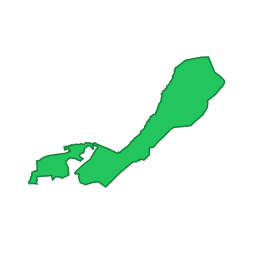 Santa Cruz Mixtepec, Oaxaca, Mexico, rotated 130°
{"feature_id": "50627088B82303244388896", "entity_name": "Santa Cruz Mixtepec", "entity_type": "district", "adm_level": 2, "iso_a3": "MEX", "parent_name": "Mexico", "parent_adm1": "Oaxaca", "projection": "orthographic", "projection_center": [-96.883, 16.781], "detail": "fine", "context": "isolated", "style": "filled", "palette": "green", "viewbox_px": 256, "rotation_deg": 130, "n_neighbors": 0, "source": "geoboundaries", "source_scale": "gbopen_adm2", "svg_char_len": 5492}
<svg xmlns="http://www.w3.org/2000/svg" viewBox="0 0 256 256"><g transform="rotate(130 128 128)"><path d="M61.8,80.3L58.2,82.5L57.1,83.3L56.5,84.7L46.1,82.6L34.7,82.5L31.6,83.0L29.8,84.5L29.1,91.1L29.6,97.3L21.9,112.1L26.7,117.3L33.2,122.7L39.2,127.5L50.0,129.8L50.3,129.9L50.5,130.0L50.8,130.0L51.0,130.2L51.2,130.3L51.3,130.3L51.4,130.2L51.5,130.0L51.5,129.9L52.1,129.8L52.4,129.8L52.6,129.9L52.8,129.9L53.0,129.8L53.3,129.7L53.6,129.6L53.8,129.4L54.0,129.4L54.3,129.4L54.5,129.4L54.5,129.2L54.4,128.9L54.3,128.7L54.2,128.3L55.3,128.1L55.5,128.0L55.9,127.8L57.1,127.7L58.4,127.3L58.6,127.4L58.9,127.3L59.4,126.8L59.8,127.0L60.1,127.0L60.7,126.1L60.8,126.1L61.1,126.0L61.5,125.6L62.4,125.7L62.8,125.4L63.1,125.3L64.3,125.4L64.9,125.2L65.2,125.2L65.5,125.4L66.0,125.0L66.7,124.9L67.4,125.0L68.2,124.4L69.9,124.9L70.5,125.3L71.1,124.7L72.2,124.1L72.4,124.1L72.7,124.4L73.2,124.4L73.6,124.2L74.2,124.5L75.3,124.2L76.2,124.4L76.4,124.8L76.7,124.9L77.0,124.7L78.3,124.8L79.3,124.0L80.1,124.2L80.4,124.4L80.8,123.7L81.3,122.3L82.8,122.1L84.2,121.4L85.0,120.4L85.8,120.5L86.1,120.4L86.8,119.3L87.5,119.7L88.9,119.9L89.2,120.0L91.1,118.8L92.5,118.9L92.9,118.3L93.4,118.2L96.2,117.2L97.1,116.7L97.9,116.8L98.8,116.3L99.0,116.1L100.1,116.1L100.4,116.4L101.3,117.1L104.2,117.7L104.3,118.0L105.4,118.0L105.8,117.9L106.5,117.1L107.2,117.1L107.8,117.3L109.3,117.3L109.6,116.4L110.5,117.0L112.1,117.3L113.3,116.0L113.5,116.2L115.0,116.4L116.0,116.3L116.1,116.2L115.9,115.6L116.0,115.3L116.3,115.2L117.0,115.4L118.7,115.3L119.4,115.6L120.5,115.6L120.7,115.8L122.6,116.1L122.9,116.0L123.8,115.0L124.4,115.1L125.3,115.0L126.0,115.0L126.3,115.1L126.4,115.4L127.5,115.4L127.8,115.5L128.1,115.4L128.2,115.5L130.6,116.2L131.1,116.4L131.4,116.3L131.7,116.3L132.1,116.4L132.9,116.4L133.7,116.2L134.8,116.3L136.2,116.8L137.2,116.8L138.1,116.8L138.7,116.4L139.6,116.4L141.6,116.5L143.0,116.7L144.9,117.4L146.5,117.7L146.9,117.9L147.8,118.0L150.1,118.4L151.4,118.4L152.4,118.4L152.8,119.2L152.7,119.7L153.3,119.4L154.1,119.6L156.5,129.5L159.4,138.3L159.6,138.6L159.7,138.9L159.9,139.9L160.0,140.3L160.2,141.0L160.3,141.4L160.5,141.5L160.5,142.0L160.5,142.5L160.4,143.2L160.4,143.3L160.5,143.4L161.1,143.8L161.3,144.0L161.2,144.1L161.3,144.2L161.4,144.3L161.5,144.6L162.3,144.5L162.8,144.6L163.2,145.5L164.0,147.8L164.1,148.0L165.0,148.8L165.9,150.0L166.4,151.0L166.6,151.1L167.5,151.0L168.4,151.0L169.0,151.3L169.4,151.6L169.5,152.0L169.8,153.2L170.4,153.8L170.5,153.8L170.5,154.0L171.1,154.2L171.7,154.7L171.8,154.7L172.3,155.2L172.6,155.4L172.8,155.8L174.6,158.2L176.1,158.9L176.3,158.9L176.6,159.2L176.8,159.7L176.9,160.2L177.5,160.7L179.0,161.0L179.1,161.3L179.5,161.8L179.9,162.0L180.2,162.2L180.5,162.4L180.6,162.6L182.5,163.6L182.5,164.1L182.9,164.3L183.0,164.3L183.6,164.7L183.6,164.1L183.9,163.8L184.1,163.7L184.8,163.5L185.3,162.0L184.7,161.9L184.4,161.7L184.2,161.6L183.9,161.5L183.6,161.5L183.4,161.4L182.9,161.1L182.6,161.0L182.1,160.8L181.7,160.7L182.1,159.5L182.4,159.4L182.5,159.4L182.8,159.1L183.0,158.8L183.2,158.7L182.5,157.9L182.8,157.2L184.1,157.6L184.5,157.9L184.9,158.2L186.4,159.1L186.9,159.3L187.2,159.5L187.4,159.5L188.4,160.4L190.8,162.4L191.7,163.4L195.9,167.1L197.9,169.0L199.0,169.9L199.4,170.3L203.1,172.9L203.9,173.3L207.2,174.4L207.3,174.4L207.4,174.5L207.5,174.4L208.9,174.8L209.8,175.1L211.0,175.9L211.6,176.3L212.2,176.8L212.8,175.7L213.5,175.1L214.1,174.6L215.0,173.6L215.3,173.3L215.7,173.1L216.8,172.2L217.4,171.6L218.7,170.4L218.8,170.4L220.7,171.5L222.2,172.2L223.8,173.1L225.2,171.9L226.1,171.2L226.4,171.1L226.6,171.1L227.3,171.0L227.8,171.0L228.5,170.6L230.0,169.5L230.5,169.4L231.2,169.7L233.5,169.0L234.1,167.7L232.6,166.4L231.7,165.2L230.9,164.1L230.7,163.8L230.0,162.7L229.8,162.5L229.6,162.2L229.3,161.8L229.2,162.4L228.7,163.0L227.6,163.6L226.2,164.1L225.7,165.4L223.7,166.5L223.2,165.7L222.2,164.9L221.3,163.9L219.0,161.7L218.9,161.3L217.7,160.2L216.9,159.4L214.9,157.3L213.4,156.3L216.3,152.5L215.0,152.1L214.6,152.1L213.8,152.2L213.3,152.3L212.1,152.1L211.8,151.8L211.6,151.6L210.4,150.0L209.9,149.3L209.8,149.1L209.3,148.4L208.7,147.9L209.3,146.7L208.6,146.3L208.3,146.1L207.7,145.8L205.9,145.1L204.4,144.2L204.0,144.1L202.0,143.3L201.8,143.5L201.2,143.8L200.8,144.2L199.7,145.6L199.3,146.1L199.2,146.2L198.6,147.0L197.7,147.7L197.2,148.0L195.8,150.5L194.1,154.1L193.7,154.0L193.2,154.0L189.3,153.5L189.1,153.4L188.2,153.4L187.5,152.3L187.2,151.8L187.0,151.4L186.6,150.9L186.2,150.1L185.5,149.1L185.2,148.4L184.9,147.3L184.9,146.9L184.7,146.0L184.1,144.2L183.9,143.2L183.7,143.2L183.2,143.1L182.7,143.0L182.2,143.1L181.0,142.8L180.4,142.7L180.7,144.4L180.8,144.8L180.7,145.1L180.6,146.9L179.9,147.8L179.4,147.7L178.8,147.6L178.7,147.6L178.4,147.6L177.9,147.6L177.4,147.5L176.5,146.9L175.4,146.0L173.1,147.4L171.4,148.0L169.6,147.7L167.6,147.4L166.0,145.5L166.8,141.2L166.2,141.1L165.2,142.2L164.6,142.8L164.1,143.1L163.3,144.6L163.2,144.0L163.1,143.6L162.8,141.9L162.7,141.5L162.4,141.1L162.1,140.5L162.0,140.1L162.0,139.7L162.3,138.5L165.6,138.7L176.2,136.8L181.6,138.1L181.9,138.2L194.3,139.9L194.7,140.0L194.8,139.9L195.6,140.0L196.9,139.6L196.7,139.3L196.8,138.5L194.8,136.0L197.7,134.0L200.5,129.4L198.6,123.9L193.1,120.6L188.2,116.2L187.5,107.2L167.8,105.4L160.4,104.1L150.9,102.4L147.7,99.4L145.8,99.5L145.6,99.5L145.4,98.2L143.8,98.8L142.3,95.1L142.1,95.1L135.2,94.4L129.3,98.9L126.4,96.1L119.5,96.1L109.2,94.9L101.5,94.5L97.9,93.2L95.3,90.6L85.9,81.4L81.3,81.0L77.4,80.4L70.1,79.2L61.8,80.3Z" fill="#22c55e" stroke="#15803d" stroke-width="1.5"/></g></svg>